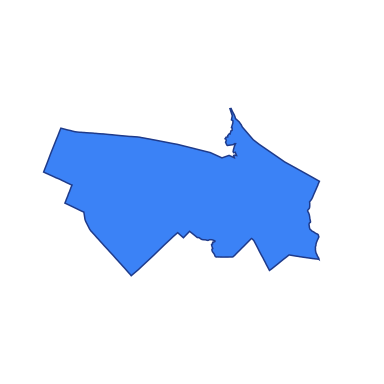 the district of Beuca, Teleorman, Romania, rotated 229°
{"feature_id": "2599482B48947816929504", "entity_name": "Beuca", "entity_type": "district", "adm_level": 2, "iso_a3": "ROU", "parent_name": "Romania", "parent_adm1": "Teleorman", "projection": "robinson", "projection_center": [24.967, 44.261], "detail": "fine", "context": "isolated", "style": "filled", "palette": "blue", "viewbox_px": 384, "rotation_deg": 229, "n_neighbors": 0, "source": "geoboundaries", "source_scale": "gbopen_adm2", "svg_char_len": 5894}
<svg xmlns="http://www.w3.org/2000/svg" viewBox="0 0 384 384"><g transform="rotate(229 192 192)"><path d="M116.5,295.2L123.3,292.8L130.0,290.4L154.1,281.6L157.4,280.8L165.2,278.8L183.8,274.0L191.3,272.5L208.1,272.6L210.7,273.3L211.4,273.3L214.0,273.6L219.0,273.0L220.3,273.7L222.5,274.5L226.5,275.4L229.4,276.3L230.0,275.3L223.1,272.4L220.6,269.1L218.8,269.6L217.2,268.0L214.7,264.0L213.9,264.3L212.2,262.7L212.6,261.5L210.8,258.8L211.5,258.4L211.1,255.9L210.1,255.1L211.0,253.7L210.5,251.9L209.7,252.3L208.2,251.5L207.6,250.0L204.7,249.1L203.9,249.2L200.7,254.2L200.5,256.0L199.9,256.6L198.8,254.2L196.8,251.1L195.4,249.4L194.2,249.3L193.7,250.7L190.3,249.6L191.8,248.4L192.3,247.4L190.1,246.4L195.3,244.0L198.1,237.0L209.7,231.7L219.7,224.7L237.6,212.2L241.2,209.3L255.4,198.2L258.4,195.8L259.6,194.9L261.9,193.0L263.2,192.0L264.7,190.8L266.0,189.7L267.5,188.6L268.6,187.6L269.2,187.1L270.9,185.4L272.5,183.8L273.6,182.7L275.1,181.1L276.7,179.6L278.7,177.7L281.9,174.6L283.5,173.1L285.3,171.4L286.6,170.2L287.8,169.1L289.8,167.1L292.8,164.3L293.9,163.3L295.2,161.9L298.0,159.1L298.2,158.9L298.5,158.7L299.6,157.6L300.2,156.9L301.0,156.3L301.9,155.4L302.8,154.5L303.7,153.5L304.2,153.0L305.2,152.0L305.7,151.5L306.5,150.7L307.7,149.6L308.2,149.0L308.5,148.7L309.3,148.0L309.6,147.7L310.8,146.4L311.4,145.8L312.2,145.1L312.8,144.5L313.3,144.1L314.1,143.4L314.6,143.0L315.3,142.5L316.7,141.5L317.7,140.9L318.5,140.3L319.3,139.7L319.8,139.3L320.9,138.5L321.8,137.9L323.3,136.9L324.3,136.2L325.5,135.4L326.2,134.9L324.1,130.8L322.3,127.4L321.0,124.7L319.5,121.8L318.1,119.1L316.2,115.4L314.0,111.1L310.0,103.7L308.6,101.1L306.1,96.3L304.4,93.1L302.6,93.9L301.6,94.3L300.9,94.7L299.8,95.2L299.1,95.5L298.0,96.0L296.3,96.8L294.9,97.4L293.4,98.1L291.9,98.7L290.7,99.4L289.3,100.1L288.7,100.4L287.1,101.1L286.0,101.5L284.9,102.0L283.8,102.5L282.6,103.0L282.0,103.2L280.0,104.1L279.5,104.3L279.0,104.6L277.9,105.0L277.0,105.4L276.0,106.0L275.5,105.1L275.1,104.2L274.6,103.2L274.1,102.4L273.3,100.9L272.6,99.7L272.1,98.5L271.6,97.5L270.6,95.8L270.2,95.0L269.5,93.6L268.6,91.8L268.3,91.4L267.0,88.8L262.7,90.7L258.3,92.6L254.1,94.4L252.4,95.1L249.2,96.5L248.6,96.8L248.2,97.0L247.9,97.2L246.5,96.4L241.6,93.3L239.6,92.5L232.8,90.8L231.3,90.4L228.6,90.1L227.7,90.2L226.4,90.2L223.6,90.3L223.0,90.3L222.4,90.3L221.6,90.3L219.8,90.3L218.3,90.4L216.3,90.4L214.5,90.4L211.8,90.5L209.1,90.5L206.7,90.6L203.8,90.7L201.3,90.7L198.4,90.8L195.9,90.9L194.1,90.9L191.3,90.9L188.9,91.0L186.6,91.0L183.8,91.1L181.8,91.1L178.8,91.2L176.2,91.2L174.6,91.2L172.6,91.2L170.5,91.3L168.7,91.2L168.6,100.7L168.8,105.2L169.4,121.8L170.2,136.1L170.5,144.0L170.7,148.5L170.7,154.5L163.1,155.5L163.5,159.9L163.7,162.2L163.9,164.4L157.8,165.5L154.2,166.1L153.5,166.8L153.1,167.2L152.9,167.3L152.3,167.6L151.6,167.7L150.7,167.9L149.9,168.2L149.4,168.5L148.7,169.1L147.7,170.1L147.2,170.7L146.6,171.1L146.0,171.5L145.3,172.0L145.0,172.3L144.8,172.8L144.7,173.1L144.6,173.7L144.5,174.0L144.1,174.4L143.6,175.0L143.1,175.5L142.6,175.9L141.9,176.3L141.1,176.7L140.3,177.2L140.0,177.2L139.8,177.1L139.7,176.9L139.6,176.7L139.7,176.4L139.8,176.1L140.0,175.8L140.0,175.4L140.0,175.2L140.5,174.8L140.5,174.6L139.9,174.0L139.3,173.4L139.5,173.0L139.6,172.7L139.6,172.4L139.5,172.2L139.4,172.1L138.9,171.9L137.7,171.3L136.3,170.8L135.7,170.5L135.8,170.3L135.8,169.9L135.7,169.6L135.6,169.4L135.3,169.1L134.8,168.8L134.4,168.6L133.9,168.4L133.2,168.3L132.7,168.2L132.0,168.2L131.0,168.1L130.4,168.0L129.7,167.8L128.7,167.4L128.2,167.3L127.8,167.3L127.6,167.4L127.2,167.6L126.8,167.9L126.7,168.1L126.4,168.5L124.9,170.1L122.2,173.1L121.2,174.3L119.3,176.5L117.9,178.2L116.8,179.4L116.6,179.7L116.2,180.3L116.2,181.6L116.2,182.9L116.4,184.7L116.6,187.3L116.7,189.4L117.0,192.9L117.1,195.2L117.5,200.4L117.9,205.9L117.8,206.5L116.5,206.7L115.4,206.8L114.8,206.8L112.6,206.3L110.9,205.9L106.3,204.8L103.7,204.1L99.1,203.0L97.1,202.6L95.2,202.2L93.4,201.7L90.7,201.1L88.9,200.6L85.4,199.8L83.6,199.4L82.0,199.0L81.9,199.9L81.7,202.0L81.5,207.4L81.4,209.5L81.3,213.5L81.2,216.8L81.0,219.7L80.9,222.3L80.8,224.0L79.2,225.3L78.0,226.3L75.8,228.1L73.0,230.5L72.3,231.0L71.5,231.8L70.7,232.4L69.3,233.6L68.1,234.7L67.6,235.1L67.1,235.5L66.6,236.0L66.0,236.5L64.5,237.8L64.0,238.2L63.2,238.9L62.7,239.3L62.3,239.7L61.3,240.6L61.1,240.8L60.5,241.3L59.8,242.0L59.4,242.4L58.9,242.8L58.3,243.3L58.2,243.5L57.8,243.6L58.0,243.7L58.3,243.9L58.6,244.1L58.9,244.2L59.3,244.3L59.7,244.4L60.0,244.4L60.5,244.5L61.2,244.6L61.6,244.7L61.8,244.7L62.0,244.9L62.2,245.0L62.6,245.1L63.4,245.3L64.1,245.5L64.6,245.6L65.2,245.9L65.8,246.2L66.4,246.6L66.9,246.9L67.5,247.3L68.0,247.8L68.8,248.5L69.0,248.6L69.3,248.8L69.5,249.0L69.7,249.3L70.1,250.0L70.4,250.5L70.8,250.9L71.1,251.2L71.4,251.5L71.7,252.0L72.2,252.7L72.8,253.9L73.4,255.0L73.7,255.8L74.2,256.8L74.6,257.7L74.7,258.0L74.9,258.2L75.1,258.4L75.2,258.5L75.6,258.6L75.9,258.6L76.0,258.7L76.5,259.1L77.0,259.2L77.4,259.2L78.1,259.0L78.4,258.9L78.9,258.6L79.2,258.4L79.7,258.3L80.5,258.0L81.7,257.7L82.0,257.7L82.6,257.4L82.9,257.3L83.8,256.9L84.1,256.9L84.5,256.9L85.0,256.9L85.7,256.7L86.1,256.6L86.4,256.7L86.8,256.7L87.4,257.0L88.0,257.2L88.5,257.6L89.0,257.9L89.6,258.3L90.1,258.6L90.6,258.9L91.0,259.3L91.2,259.6L91.5,260.1L91.7,260.6L91.7,260.9L91.7,261.1L91.4,261.4L91.7,261.7L92.0,262.1L92.5,262.4L93.0,262.6L93.6,263.0L94.1,263.2L95.0,263.7L95.7,264.3L96.2,264.6L96.9,265.0L97.7,265.5L98.4,265.8L99.4,266.2L100.0,266.4L100.9,266.5L101.4,266.7L101.8,266.8L102.0,266.9L102.2,267.2L102.4,267.8L102.5,268.5L102.6,269.2L102.6,269.5L102.7,269.8L103.1,270.5L103.4,270.8L104.1,271.6L104.8,272.2L105.6,272.9L106.3,273.5L107.2,274.1L107.4,274.2L107.5,274.5L107.6,275.3L107.8,276.4L108.0,277.1L108.1,277.6L108.4,278.3L108.7,279.1L109.3,280.3L110.5,282.7L111.6,285.1L112.2,286.4L113.4,288.9L113.9,289.9L114.4,291.1L114.9,291.9L115.3,292.6L116.5,295.2Z" fill="#3b82f6" stroke="#1e3a8a" stroke-width="1.5"/></g></svg>